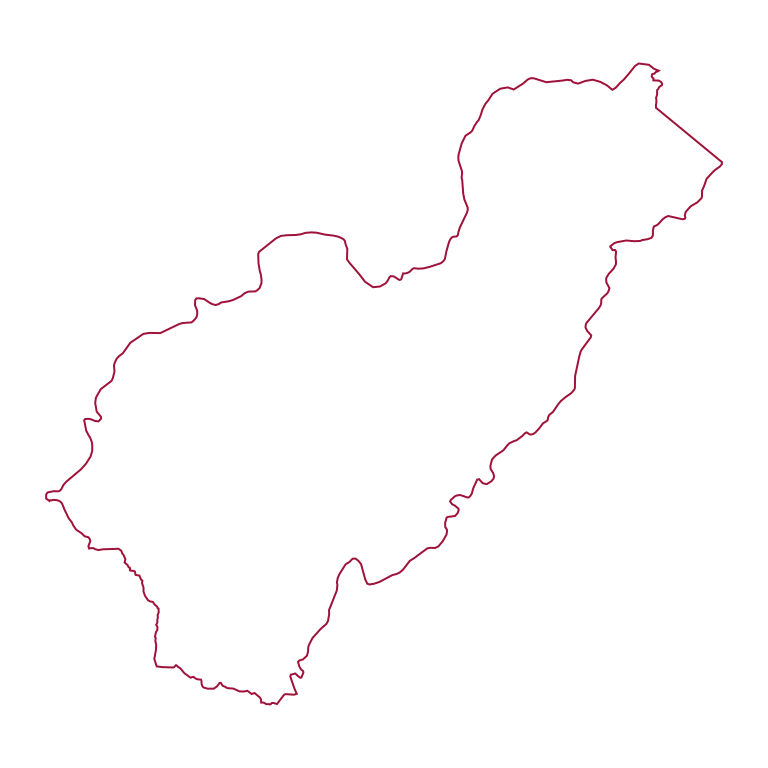 Altamira, Huila, Colombia (Albers equal-area conic projection)
{"feature_id": "7082276B22050163903058", "entity_name": "Altamira", "entity_type": "district", "adm_level": 2, "iso_a3": "COL", "parent_name": "Colombia", "parent_adm1": "Huila", "projection": "albers", "projection_center": [-75.778, 2.079], "detail": "fine", "context": "isolated", "style": "outline", "palette": "rose", "viewbox_px": 768, "rotation_deg": 0, "n_neighbors": 0, "source": "geoboundaries", "source_scale": "gbopen_adm2", "svg_char_len": 6014}
<svg xmlns="http://www.w3.org/2000/svg" viewBox="0 0 768 768"><path d="M507.8,87.4L500.3,88.7L492.5,93.8L488.6,99.9L485.4,103.8L482.4,109.6L480.8,114.9L478.6,120.2L477.2,121.7L474.4,126.0L472.1,130.9L470.4,132.5L465.5,135.7L461.6,143.6L458.6,154.6L458.3,157.4L458.6,161.0L461.9,171.0L462.1,173.1L461.6,177.6L462.2,180.1L463.2,193.3L464.3,199.3L467.7,207.6L467.7,210.1L466.9,212.8L459.9,227.4L458.4,232.0L457.9,235.1L456.5,236.5L453.5,236.7L452.0,237.3L450.4,239.1L449.0,242.0L446.3,251.7L444.9,259.0L443.6,260.9L440.9,263.2L429.8,266.8L423.5,268.4L418.2,268.7L413.9,268.2L412.5,268.9L409.8,271.7L407.7,272.8L405.1,273.5L403.1,273.4L401.3,279.1L400.3,279.8L399.2,279.9L393.8,276.4L390.5,276.1L389.3,277.6L387.3,281.3L385.6,283.3L380.0,286.5L373.1,287.2L365.1,281.8L358.9,273.8L349.3,262.6L347.0,259.3L347.3,248.8L345.8,244.9L344.8,240.8L343.6,239.3L340.9,237.8L338.0,236.6L333.3,235.6L325.0,234.6L316.6,232.7L311.6,232.4L305.7,232.8L300.7,234.3L295.7,235.0L287.1,235.2L281.0,235.9L275.9,238.4L259.0,251.9L258.2,254.0L258.5,263.3L259.9,271.5L260.7,273.7L261.5,279.4L261.5,283.0L259.5,288.2L256.9,290.5L255.3,291.4L248.5,291.6L244.6,293.2L241.1,296.2L233.2,299.9L229.1,301.2L221.1,302.5L218.7,304.1L215.7,305.0L212.4,304.2L209.7,302.8L204.3,299.1L199.0,298.3L196.4,298.4L195.2,300.1L195.0,305.1L197.2,310.7L197.2,314.5L196.4,317.4L193.8,320.5L191.5,322.4L182.9,323.0L179.4,323.9L160.3,333.1L149.3,332.9L143.3,333.9L130.3,342.8L122.8,353.3L119.1,356.1L116.6,358.8L114.5,363.3L114.0,365.8L114.5,371.6L112.7,378.5L111.5,380.9L100.7,389.2L95.9,397.7L95.2,403.1L96.7,411.6L100.9,416.7L101.1,418.6L98.5,421.4L94.5,420.8L91.3,419.4L88.7,418.8L85.1,419.1L84.2,420.2L86.2,430.6L88.8,435.7L90.0,437.3L91.9,442.3L92.3,446.1L92.2,451.1L90.5,456.6L86.0,463.7L81.0,469.3L66.5,481.5L63.6,484.7L61.2,489.3L59.7,490.8L58.5,491.3L53.7,491.2L47.8,492.4L46.9,493.3L46.1,494.9L46.2,498.6L49.5,501.0L50.1,500.2L51.6,500.4L53.1,499.8L57.1,500.2L59.4,501.0L61.3,502.5L62.2,503.9L64.6,509.8L68.7,518.3L71.8,522.3L73.4,525.7L76.3,529.8L81.4,533.1L84.7,536.3L88.3,537.2L89.7,539.0L90.3,541.0L88.4,546.2L89.2,548.6L90.3,548.2L93.3,548.1L95.2,549.2L98.4,550.1L102.8,549.3L118.6,548.8L121.3,550.8L122.3,553.5L123.5,554.9L125.4,559.2L124.6,562.5L127.6,565.1L128.7,567.3L129.6,567.6L130.1,568.3L129.8,570.0L130.3,570.6L133.5,570.9L134.8,571.4L135.6,574.9L139.4,575.6L141.0,579.5L142.4,580.7L142.0,583.1L143.5,587.4L143.5,591.4L144.9,595.6L148.0,600.2L149.8,601.3L153.0,602.0L154.5,604.4L157.0,606.5L157.6,608.1L158.5,608.6L158.7,612.5L157.6,615.0L157.9,617.3L157.3,619.7L157.4,621.2L157.2,622.8L156.2,624.9L157.4,626.8L157.4,629.7L155.9,632.3L155.0,636.7L155.7,638.0L155.3,641.1L156.2,644.6L156.0,649.7L154.3,658.9L156.7,666.4L162.3,667.1L173.2,667.5L174.2,667.1L175.9,665.2L176.5,665.3L177.8,666.7L180.3,668.3L184.3,673.1L190.0,677.3L190.7,677.7L192.1,677.0L193.7,677.0L195.2,678.3L197.4,679.3L200.9,679.6L201.4,680.4L201.6,683.8L202.4,686.3L203.4,687.4L207.7,688.7L213.7,688.7L216.9,686.5L219.5,683.0L220.8,682.9L222.7,685.8L225.2,686.8L227.2,688.1L233.4,688.6L239.6,691.4L244.0,691.5L247.4,690.8L251.7,694.0L254.5,693.0L259.8,697.4L261.0,699.4L261.2,702.6L263.7,702.6L266.2,704.1L268.8,704.1L269.8,704.5L270.7,704.2L271.8,703.0L273.5,703.0L277.0,704.0L283.8,695.1L285.4,694.1L294.0,694.7L296.7,693.8L294.3,688.2L290.3,676.5L290.8,674.7L295.3,673.5L298.1,676.2L300.4,677.8L301.4,677.5L303.4,672.5L303.1,671.1L301.0,669.4L299.4,666.6L298.0,661.8L299.2,660.6L303.0,659.4L306.9,655.8L307.9,652.3L308.3,646.9L309.3,644.2L312.6,637.9L320.4,629.2L326.4,623.9L328.0,621.0L329.2,614.0L329.0,610.2L336.8,590.5L337.4,584.9L336.9,582.3L337.8,577.8L339.5,574.0L345.7,564.2L349.3,562.1L352.6,558.7L355.5,558.6L358.5,560.9L361.1,564.2L365.2,579.3L367.3,583.7L369.4,584.5L374.2,583.7L379.5,581.9L392.3,575.1L396.6,574.0L400.0,572.3L403.0,569.7L409.8,560.8L413.9,558.3L427.4,548.3L430.7,547.8L435.0,548.0L438.4,546.4L442.8,541.1L446.4,534.8L447.0,531.8L446.9,529.6L445.3,527.1L445.1,523.0L446.6,517.6L448.1,516.9L455.0,516.0L457.6,513.1L458.7,510.2L458.4,508.6L455.0,505.7L452.1,504.2L450.1,501.5L450.6,500.2L454.8,496.4L456.7,495.5L460.2,495.0L467.1,497.4L468.8,497.4L470.2,496.1L471.7,493.8L473.3,488.1L477.2,479.6L479.1,479.2L482.6,483.1L485.3,483.9L486.8,484.1L491.3,481.3L493.5,478.7L494.1,475.9L493.0,472.8L490.7,469.2L490.4,466.0L492.0,459.5L493.8,457.4L495.9,455.3L503.4,450.3L507.5,445.1L509.4,443.3L514.1,441.0L516.4,440.4L522.4,435.9L524.8,433.4L526.4,432.4L527.2,432.7L529.7,434.4L531.4,434.5L533.2,434.0L535.4,432.5L539.1,428.5L543.0,423.3L546.8,421.0L547.7,420.0L548.2,417.1L549.2,415.0L552.9,412.0L558.3,404.1L560.9,401.0L565.3,397.3L571.4,393.0L574.5,389.3L574.9,387.5L575.1,376.0L579.2,356.8L580.6,351.6L581.9,349.3L590.8,337.3L591.2,335.3L587.3,331.1L586.1,328.7L585.5,327.5L585.8,324.5L586.6,322.8L599.2,307.7L600.7,305.1L601.2,303.1L601.3,299.4L601.9,298.3L607.3,293.3L608.6,291.1L609.4,288.1L606.4,282.5L606.1,279.1L606.4,277.8L608.7,273.9L613.3,269.0L615.9,264.4L616.0,261.3L615.5,257.4L616.1,251.6L615.0,250.0L612.6,250.1L610.2,246.7L610.3,246.3L614.4,243.1L617.3,242.1L626.3,240.5L634.0,241.2L640.0,241.0L642.4,240.0L647.6,239.2L651.5,237.8L652.9,235.4L652.9,230.3L653.9,226.4L656.7,225.3L658.7,223.7L662.7,219.2L665.3,217.3L668.2,216.0L682.7,219.3L685.0,218.6L685.4,217.4L684.8,215.6L685.7,211.9L690.2,206.8L692.4,205.2L697.2,202.5L701.6,198.0L702.0,196.1L702.1,190.5L704.2,185.7L706.6,178.8L712.5,172.4L714.9,170.1L719.9,166.5L721.9,164.2L721.9,162.1L656.0,107.8L655.9,104.6L656.3,103.5L656.4,99.3L656.0,98.2L657.1,94.8L657.1,90.2L658.1,89.2L659.2,87.0L662.0,85.1L662.1,83.6L661.1,82.0L658.8,80.6L653.4,80.4L653.5,78.5L651.9,76.9L651.7,76.2L652.0,74.5L652.5,74.0L654.5,73.6L656.1,71.7L657.0,71.7L658.7,70.7L653.7,68.6L649.0,64.8L638.7,63.5L635.0,66.0L628.9,73.7L623.5,79.9L620.2,82.8L615.8,87.7L612.3,89.8L607.0,85.4L600.4,81.9L592.8,79.7L585.5,80.9L578.1,83.6L573.2,82.3L570.9,80.2L566.9,79.8L563.0,80.5L546.3,82.2L533.8,78.3L530.6,78.2L527.6,79.6L523.2,83.5L513.7,89.5L507.8,87.4Z" fill="none" stroke="#9f1239" stroke-width="2"/></svg>